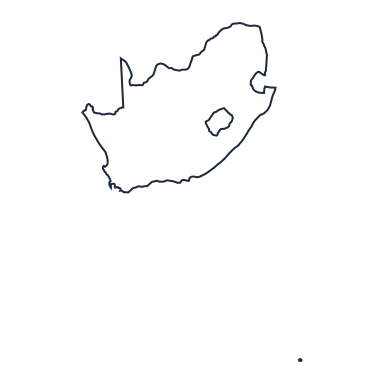 map outline of South Africa (Albers equal-area conic projection)
{"feature_id": "ZAF", "entity_name": "South Africa", "entity_type": "country or territory", "adm_level": 0, "iso_a3": "ZAF", "parent_name": "Africa", "parent_adm1": "", "projection": "albers", "projection_center": [25.295, -34.555], "detail": "fine", "context": "isolated", "style": "outline", "palette": "slate", "viewbox_px": 384, "rotation_deg": 0, "n_neighbors": 0, "source": "natural_earth", "source_scale": "50m", "svg_char_len": 5184}
<svg xmlns="http://www.w3.org/2000/svg" viewBox="0 0 384 384"><path d="M236.2,23.5L236.4,23.5L240.0,23.0L242.9,23.7L246.5,25.2L249.8,25.9L252.9,25.7L255.5,25.7L257.4,26.0L259.0,26.6L260.0,27.4L260.1,28.1L260.1,28.5L260.6,30.3L261.3,33.1L261.8,35.7L262.4,39.2L262.2,41.1L262.4,41.9L263.0,42.9L263.8,44.5L264.1,45.5L264.3,46.2L265.2,47.5L265.8,49.5L266.2,52.1L266.6,53.4L266.8,54.1L266.9,55.2L266.8,57.5L266.6,60.3L266.4,63.3L266.3,65.8L266.1,67.1L265.9,70.7L265.0,72.6L265.0,74.1L265.2,75.0L264.9,75.2L264.3,75.3L261.6,73.6L259.0,71.8L258.6,71.8L258.0,71.9L256.4,73.0L254.9,74.7L254.1,76.2L253.0,77.8L251.1,80.3L250.9,80.8L250.8,82.9L250.8,85.0L251.8,85.4L252.4,87.1L253.7,89.8L256.1,91.6L258.4,92.5L261.6,92.9L264.1,93.0L264.1,91.2L264.5,88.4L265.0,86.5L265.4,86.5L266.0,86.7L266.4,86.9L267.4,86.9L269.2,87.4L270.7,87.5L272.0,87.5L274.2,87.6L275.5,87.7L274.9,90.7L272.8,95.4L272.1,97.6L270.1,105.4L268.0,109.3L266.8,110.8L263.6,113.6L262.7,114.1L262.0,114.4L260.6,114.7L255.1,120.3L253.1,123.0L251.1,127.1L249.4,129.3L246.6,134.0L244.3,137.7L242.0,141.0L238.2,145.5L236.5,146.8L235.4,147.4L232.5,150.0L228.3,154.3L225.1,158.1L220.5,162.4L217.8,164.3L213.8,168.0L212.7,168.6L208.2,172.0L205.0,174.1L199.9,176.6L197.8,177.2L193.0,176.5L191.0,176.9L189.3,178.4L189.1,180.6L188.4,180.9L187.4,180.8L184.0,179.9L182.2,180.1L181.1,181.2L180.3,182.7L177.7,182.8L173.2,181.3L167.9,180.4L166.6,180.4L164.1,181.5L163.2,181.7L159.4,181.6L157.4,180.9L155.4,180.9L153.9,181.6L152.0,181.8L147.2,186.1L144.6,186.2L142.4,186.7L141.3,186.8L139.2,186.3L138.5,186.4L137.3,186.7L136.2,187.4L133.5,187.9L132.5,188.5L128.2,192.5L127.2,192.4L126.3,192.2L124.0,192.3L121.2,190.4L120.2,190.6L120.5,190.0L120.5,188.9L119.9,188.2L119.5,187.9L118.5,188.0L117.9,187.2L116.3,187.2L115.7,187.5L115.0,187.5L114.8,186.6L114.9,186.1L114.8,185.2L114.5,184.1L113.9,183.8L113.4,183.7L112.2,183.9L111.5,184.0L111.1,184.4L110.8,185.2L110.9,187.6L110.3,186.9L109.6,185.5L109.3,184.0L109.4,182.2L110.5,181.4L110.4,180.2L110.0,179.1L108.5,176.5L107.9,175.3L106.7,174.5L105.6,172.5L104.7,171.9L104.2,170.5L103.2,169.4L102.8,167.6L103.2,166.5L103.9,165.9L104.8,166.8L105.7,166.3L107.1,164.9L107.7,162.9L107.6,159.7L107.2,157.8L105.8,152.8L105.1,151.6L102.4,148.1L99.0,143.5L94.7,136.1L92.5,131.6L89.1,122.5L86.2,117.4L82.8,112.8L82.4,112.5L82.8,111.8L84.3,110.6L85.0,110.2L85.4,110.3L85.7,110.0L86.1,109.2L86.1,108.4L86.2,107.4L86.5,106.8L86.8,105.5L87.4,104.7L88.8,104.0L89.9,104.6L90.4,105.3L90.7,106.1L91.2,106.5L92.0,106.4L92.6,106.9L93.0,108.0L93.0,108.9L92.6,109.4L92.7,110.0L93.3,110.8L93.6,111.6L94.1,112.6L96.1,113.0L97.0,113.3L98.7,113.3L100.3,113.6L101.8,114.4L104.3,114.4L107.6,113.7L110.4,113.7L112.6,114.4L114.2,114.4L115.1,113.9L115.5,113.1L115.3,112.2L115.8,111.6L116.8,111.3L117.7,110.5L118.3,109.3L119.8,108.3L122.1,107.4L123.3,107.4L123.2,105.5L122.9,99.6L122.6,93.6L122.3,87.7L122.0,81.7L121.7,75.8L121.4,69.9L121.1,64.0L120.8,58.4L121.4,58.8L125.4,61.5L126.5,63.0L127.0,64.0L128.8,67.5L130.2,70.7L131.3,73.1L131.4,74.2L131.6,75.3L131.8,75.8L131.7,76.4L131.1,77.7L130.4,78.8L129.6,80.2L129.6,82.0L130.0,84.2L130.6,85.2L131.2,85.5L132.8,84.9L133.8,85.1L135.2,85.4L139.7,85.0L140.3,85.1L142.0,85.2L142.6,85.0L143.1,84.5L143.6,83.2L144.1,82.7L145.1,82.5L146.2,82.1L147.2,81.3L148.6,78.7L151.6,76.4L152.5,75.8L153.0,75.2L153.5,74.4L154.5,71.5L155.3,69.1L155.5,68.0L156.2,66.1L157.1,64.9L157.9,64.3L158.3,64.1L159.4,63.8L160.8,63.5L162.3,63.8L163.9,64.4L165.8,65.6L167.6,67.1L168.5,67.8L169.4,68.1L171.0,68.2L172.1,68.2L173.8,69.6L174.6,69.7L176.5,70.1L178.8,70.6L180.2,70.5L181.8,69.7L182.9,69.7L184.4,69.7L186.0,69.5L187.2,69.2L188.1,68.5L188.8,67.8L189.8,65.5L190.3,63.7L191.1,61.6L192.1,58.8L192.5,56.9L192.9,56.3L194.3,55.8L195.5,55.4L198.8,54.6L199.5,54.2L200.1,53.3L201.5,51.7L203.3,50.5L204.2,49.7L206.0,43.4L206.2,42.7L207.4,41.0L208.2,40.3L208.7,40.3L209.4,39.9L210.3,39.0L211.3,38.5L212.6,38.3L213.4,37.8L213.8,36.8L214.4,36.4L215.3,36.4L215.8,36.1L216.0,35.5L216.5,35.0L217.5,34.5L218.0,34.0L218.1,33.4L219.3,31.9L221.6,29.6L223.8,28.4L225.8,28.1L227.7,27.7L229.5,27.1L230.9,26.0L231.8,24.5L233.3,23.7L236.2,23.5ZM224.8,128.6L226.7,127.8L227.6,127.3L228.2,126.9L229.0,126.3L229.4,124.7L229.7,123.4L230.3,122.7L230.9,122.3L231.5,121.6L232.2,120.0L232.7,118.4L232.8,117.7L232.6,117.0L232.2,116.3L231.8,115.2L231.3,115.1L230.4,114.5L229.1,113.3L227.9,112.3L226.8,110.8L226.3,110.6L225.3,109.6L224.8,109.0L224.5,108.4L224.2,108.2L223.7,108.3L222.4,108.6L219.6,109.6L217.8,110.6L216.3,111.8L214.8,112.3L213.7,112.7L212.8,114.1L212.0,115.4L211.2,116.6L210.8,117.1L210.4,117.5L210.0,118.2L209.2,119.5L208.4,120.3L207.4,120.8L206.1,121.4L205.7,121.7L205.6,122.2L206.0,123.4L206.5,124.6L207.2,126.0L207.7,127.0L208.5,128.2L209.0,128.9L208.9,130.1L209.0,130.5L209.3,131.0L209.5,131.2L209.8,131.4L210.5,131.7L210.6,131.9L211.1,132.4L211.6,133.1L212.4,134.2L213.4,135.0L215.1,135.3L216.4,135.6L216.8,135.5L217.3,134.9L217.7,134.1L217.8,133.1L218.3,132.5L219.9,130.0L220.8,129.1L221.4,129.0L222.1,128.9L223.0,128.8L223.6,128.9L223.8,128.9L224.8,128.6ZM301.3,360.8L300.9,361.0L299.0,360.5L298.9,360.0L299.5,359.3L299.9,359.0L300.8,359.3L301.5,360.0L301.3,360.8Z" fill="none" stroke="#1e293b" stroke-width="2"/></svg>